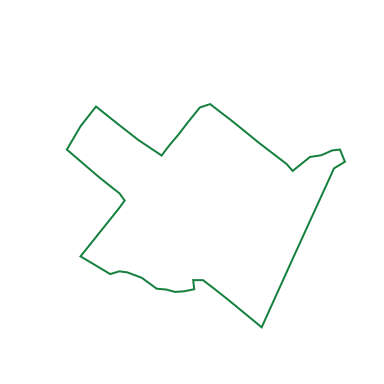 Campo Bom, Rio Grande do Sul, Brazil (Mercator projection), rotated 301°
{"feature_id": "56859067B26450975803868", "entity_name": "Campo Bom", "entity_type": "district", "adm_level": 2, "iso_a3": "BRA", "parent_name": "Brazil", "parent_adm1": "Rio Grande do Sul", "projection": "mercator", "projection_center": [-51.046, -29.666], "detail": "fine", "context": "isolated", "style": "outline", "palette": "green", "viewbox_px": 384, "rotation_deg": 301, "n_neighbors": 0, "source": "geoboundaries", "source_scale": "gbopen_adm2", "svg_char_len": 729}
<svg xmlns="http://www.w3.org/2000/svg" viewBox="0 0 384 384"><g transform="rotate(301 192 192)"><path d="M304.6,297.0L299.9,290.8L289.9,283.7L282.8,275.1L261.9,267.4L264.7,258.8L268.5,225.1L271.5,203.9L273.9,186.6L275.1,175.4L276.7,162.3L268.5,155.2L249.9,152.6L234.0,150.8L225.8,149.4L216.9,148.1L207.6,147.2L209.0,118.6L211.9,95.1L215.8,65.7L191.0,62.6L163.9,62.9L156.7,105.5L154.6,121.5L153.5,130.6L150.0,138.7L140.3,137.8L79.4,129.6L79.5,164.1L86.6,170.6L89.8,178.0L92.6,193.2L91.9,201.0L90.9,211.5L95.2,220.3L97.6,228.9L103.0,236.6L109.8,244.0L117.1,238.4L122.1,246.8L120.3,262.8L117.5,283.7L111.9,321.4L188.5,312.5L276.3,302.6L285.3,301.5L296.7,307.5L304.6,297.0Z" fill="none" stroke="#15803d" stroke-width="2"/></g></svg>